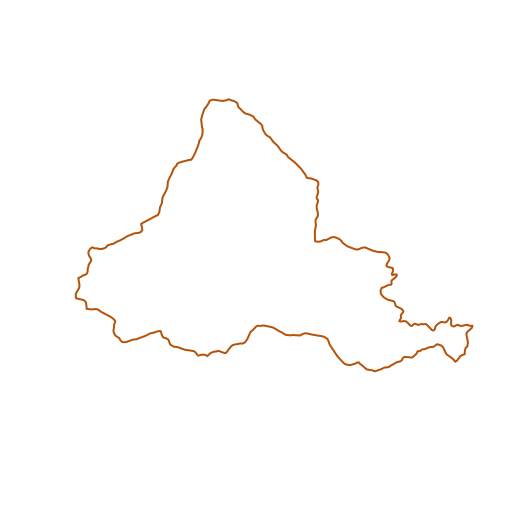 Jangchhubling, Samdrup Jongkhar, Bhutan, rotated 252°
{"feature_id": "84629894B32677413197834", "entity_name": "Jangchhubling", "entity_type": "district", "adm_level": 2, "iso_a3": "BTN", "parent_name": "Bhutan", "parent_adm1": "Samdrup Jongkhar", "projection": "orthographic", "projection_center": [91.465, 26.935], "detail": "fine", "context": "isolated", "style": "outline", "palette": "amber", "viewbox_px": 512, "rotation_deg": 252, "n_neighbors": 0, "source": "geoboundaries", "source_scale": "gbopen_adm2", "svg_char_len": 6106}
<svg xmlns="http://www.w3.org/2000/svg" viewBox="0 0 512 512"><g transform="rotate(252 256 256)"><path d="M121.0,439.1L122.7,440.2L123.6,437.8L124.2,436.9L125.2,435.9L125.6,433.7L125.9,430.2L126.5,428.4L127.7,427.3L128.1,426.7L128.3,425.4L127.9,423.5L127.9,422.2L128.6,421.0L129.9,420.4L131.3,420.5L133.4,421.4L134.8,421.9L136.6,421.8L137.3,421.5L137.5,420.4L136.0,419.2L134.4,416.6L134.4,415.3L135.1,413.7L135.6,413.0L136.0,411.3L135.5,409.1L134.4,406.1L133.4,404.9L131.1,403.4L130.4,402.4L130.5,401.2L131.4,400.3L136.4,398.0L138.0,397.1L138.9,396.5L139.1,394.9L140.2,391.9L140.4,388.8L142.2,386.7L142.6,385.6L141.4,382.7L141.6,381.8L143.0,380.8L144.7,380.1L147.1,378.7L147.9,377.8L148.6,375.8L148.7,373.9L149.1,373.3L149.7,372.3L150.5,372.8L151.7,374.3L152.7,375.0L154.3,375.2L155.4,375.9L156.6,377.8L157.4,378.8L158.6,379.0L160.3,378.3L161.7,377.1L164.5,374.0L165.7,373.5L167.6,373.5L169.7,373.3L170.3,373.0L171.6,371.2L173.3,368.2L175.8,365.9L177.7,364.5L180.5,363.3L182.2,363.3L184.5,363.7L186.9,365.7L186.7,367.2L187.0,368.9L187.4,372.2L187.4,373.9L187.0,375.7L187.7,376.4L189.3,376.7L190.8,377.4L192.4,381.9L193.7,383.7L194.8,384.1L195.5,382.6L195.7,381.4L195.8,379.9L196.3,379.5L197.4,380.0L198.7,381.2L200.3,382.0L201.9,382.3L202.9,381.5L204.3,378.8L205.6,377.4L206.5,377.0L208.4,378.4L210.6,381.1L212.6,382.5L214.2,382.3L216.5,381.9L218.0,381.2L219.0,380.5L220.3,378.0L222.3,372.9L225.2,368.4L230.6,362.2L231.0,359.1L230.7,355.1L231.1,353.6L232.0,352.1L236.9,346.0L238.9,344.5L242.3,342.2L243.7,342.0L245.9,340.8L247.8,338.9L249.6,336.8L250.4,333.9L249.5,327.6L250.3,325.8L249.9,322.5L250.0,321.2L250.6,318.8L251.7,316.9L253.6,317.2L261.2,319.5L266.8,322.6L269.5,323.0L272.1,323.9L274.8,327.1L277.5,328.1L278.8,328.3L281.2,328.2L281.9,328.5L283.5,328.7L285.6,329.5L288.3,331.6L289.2,332.1L290.1,332.3L291.4,331.7L292.4,331.6L293.2,331.8L296.9,334.6L297.9,335.0L302.2,335.5L304.2,337.1L305.0,337.5L306.1,337.8L307.3,337.9L308.9,337.2L309.6,336.4L312.8,332.2L313.9,329.8L314.7,328.5L317.5,328.2L324.9,325.9L332.7,322.0L340.1,317.1L342.8,316.5L346.8,313.2L349.5,312.0L353.6,310.8L355.9,309.6L359.4,307.6L364.3,306.1L366.5,304.2L368.5,302.9L370.9,302.2L373.7,301.7L375.9,301.7L377.6,302.2L379.7,301.6L386.3,297.4L389.2,296.7L391.2,294.9L393.1,292.6L395.0,289.7L397.6,288.0L400.2,286.9L402.9,285.3L407.4,285.4L410.3,282.9L411.5,280.9L413.6,278.3L413.2,276.4L413.7,272.5L415.4,268.6L417.6,264.4L418.1,262.9L418.0,260.7L417.9,259.9L417.5,259.4L416.4,258.6L414.0,255.8L411.7,252.3L406.8,248.6L402.7,246.0L394.8,244.4L393.8,244.6L389.2,243.1L385.8,240.9L382.9,237.6L380.5,236.2L377.0,233.5L372.9,230.0L369.8,227.0L367.6,224.3L368.1,221.3L368.5,214.4L368.5,210.8L368.0,209.4L366.5,208.3L365.7,206.5L364.0,204.2L360.2,201.1L356.3,197.2L354.0,195.2L348.7,193.0L344.6,189.4L341.5,186.1L339.6,184.7L335.4,182.9L331.9,179.7L327.4,177.5L325.1,175.2L325.1,173.2L323.8,166.2L322.5,158.3L321.9,156.6L320.1,156.5L316.0,156.0L314.4,153.9L314.2,151.8L315.0,148.0L315.1,147.1L314.6,139.8L314.5,139.1L313.5,135.4L312.8,131.1L312.7,129.2L312.3,126.4L311.9,125.4L311.7,123.9L311.9,122.8L312.0,118.3L310.9,116.5L310.3,115.0L310.3,111.6L311.2,109.0L312.3,107.3L312.6,106.6L312.8,105.7L313.7,104.1L314.8,103.1L314.5,101.5L313.8,100.2L312.8,99.0L311.7,97.9L310.0,97.4L307.9,97.3L306.0,97.8L303.9,98.1L302.4,97.8L301.6,96.7L299.3,94.1L297.0,92.9L295.6,91.8L294.4,91.5L292.9,90.8L291.9,90.1L291.4,89.3L290.9,87.5L291.0,85.3L290.3,83.4L289.9,80.3L287.1,79.7L284.7,79.5L283.4,79.1L282.2,78.9L281.3,78.5L280.1,77.7L275.9,73.1L273.6,72.2L271.6,71.8L269.9,74.1L268.2,77.2L266.4,79.3L265.4,79.7L264.2,79.9L262.9,79.7L258.1,78.7L256.7,81.5L256.1,82.8L255.3,86.3L254.9,87.7L254.1,89.0L250.8,91.4L243.2,98.8L241.6,100.0L240.0,101.1L237.8,102.0L237.0,101.9L235.7,100.7L234.2,99.7L232.1,98.9L228.8,97.3L227.1,97.1L225.4,97.3L224.2,97.6L223.1,98.1L222.5,98.7L220.1,100.5L219.1,100.8L218.4,100.8L217.3,101.2L216.2,101.8L215.5,102.4L214.9,103.6L214.5,104.9L214.3,106.6L214.3,108.3L214.5,111.1L214.5,113.3L213.8,116.3L214.3,127.1L215.1,131.2L214.8,134.0L214.7,139.4L214.2,141.8L213.5,142.2L211.2,142.1L209.6,142.1L207.6,142.4L206.9,143.0L205.5,145.1L204.0,146.5L202.6,147.0L201.0,146.9L198.9,147.0L197.9,147.4L195.1,149.9L193.5,153.4L188.9,159.2L186.0,165.1L184.8,167.3L183.7,168.3L182.4,168.9L179.4,170.0L179.0,170.8L178.9,173.7L178.2,176.2L177.5,177.2L176.8,177.8L175.9,178.9L176.5,179.8L177.0,181.4L177.7,182.7L178.0,185.9L177.8,187.3L177.5,188.6L177.4,190.6L176.4,192.5L175.6,193.1L173.4,196.2L173.1,197.0L173.3,197.7L173.8,198.7L175.1,200.4L177.8,204.4L178.5,206.6L178.2,210.0L177.8,211.8L177.8,213.3L177.6,214.4L177.1,215.3L176.9,216.3L177.2,218.5L178.3,220.2L179.8,222.2L185.3,227.1L186.7,230.3L188.8,234.1L189.1,235.3L189.1,236.3L188.4,237.9L187.4,242.3L186.2,244.1L184.5,247.3L182.6,250.2L180.1,252.5L177.5,254.6L175.9,256.4L172.2,259.5L171.3,261.0L170.0,263.9L169.5,266.4L166.8,273.4L167.4,276.3L167.3,279.0L166.5,280.8L164.0,284.9L158.9,294.7L157.4,296.4L155.1,298.3L152.5,298.7L149.6,298.7L147.8,299.0L145.9,299.5L144.2,299.9L142.8,300.4L135.6,302.4L128.9,305.4L126.0,307.0L124.6,308.8L123.1,311.8L123.0,316.8L123.1,318.3L123.4,319.3L123.2,320.6L122.8,321.0L121.9,321.3L121.0,321.7L120.1,322.6L116.4,324.7L115.1,325.6L113.9,326.2L113.4,327.4L112.7,328.5L112.0,329.8L111.5,331.2L110.4,332.3L109.5,333.9L109.6,336.0L109.7,340.3L110.1,342.7L110.1,344.2L109.4,347.5L109.5,348.9L110.0,349.7L110.9,354.5L111.3,356.0L111.4,356.7L111.3,361.2L111.8,362.4L113.2,363.8L113.8,364.8L114.1,365.6L114.0,366.6L113.7,367.2L112.2,370.9L111.5,371.9L111.3,372.8L111.3,373.5L111.5,374.1L112.3,375.6L113.0,377.5L114.1,379.1L115.5,380.3L115.0,381.9L115.0,382.9L115.7,384.6L115.7,385.5L115.3,387.9L115.7,392.8L114.8,396.6L115.2,398.1L116.1,401.0L114.0,404.1L112.8,405.1L111.6,405.7L107.5,406.2L105.5,406.4L103.6,406.9L98.1,410.9L95.6,412.2L94.5,412.5L93.9,412.9L94.4,414.8L97.5,419.2L97.9,420.5L98.1,422.1L98.0,423.9L99.0,424.5L100.2,424.8L102.3,425.9L103.4,426.7L104.0,427.3L104.6,428.8L105.1,429.3L108.4,430.9L115.4,431.7L117.4,432.3L118.4,433.4L119.0,434.4L119.3,435.4L120.2,437.4L121.0,439.1Z" fill="none" stroke="#b45309" stroke-width="2"/></g></svg>